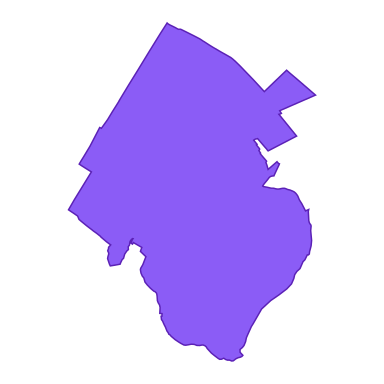 Cristian, Brasov, Romania
{"feature_id": "2599482B53089144578976", "entity_name": "Cristian", "entity_type": "district", "adm_level": 2, "iso_a3": "ROU", "parent_name": "Romania", "parent_adm1": "Brasov", "projection": "mercator", "projection_center": [25.497, 45.627], "detail": "fine", "context": "isolated", "style": "filled", "palette": "violet", "viewbox_px": 384, "rotation_deg": 0, "n_neighbors": 0, "source": "geoboundaries", "source_scale": "gbopen_adm2", "svg_char_len": 4104}
<svg xmlns="http://www.w3.org/2000/svg" viewBox="0 0 384 384"><path d="M315.5,95.1L298.0,80.0L290.1,73.3L286.6,70.2L274.6,81.7L264.3,91.6L253.5,79.9L245.2,71.3L240.8,66.7L235.6,61.6L232.7,59.0L230.9,57.6L220.5,51.7L212.8,47.2L209.1,44.9L204.2,41.7L203.3,41.2L201.4,39.9L199.7,38.8L199.1,38.5L193.5,35.6L185.3,31.5L181.0,29.4L180.3,29.2L179.7,29.2L179.1,29.3L178.5,29.3L177.2,28.7L175.5,27.7L172.3,26.1L170.4,25.2L168.4,24.1L167.4,23.3L167.1,23.0L166.8,23.5L165.5,25.5L160.3,33.6L149.4,51.2L137.5,70.7L128.7,84.9L119.2,100.6L119.3,100.7L116.1,105.8L112.5,111.5L107.6,119.6L101.4,128.3L99.7,127.5L90.0,146.2L83.5,157.0L81.3,160.5L79.2,164.1L82.3,166.2L91.4,171.9L82.7,186.1L74.4,199.6L68.5,209.8L77.6,216.0L79.0,219.4L81.2,221.3L86.7,225.8L89.3,227.8L91.8,229.7L93.4,231.0L96.5,233.2L100.3,236.2L101.0,237.1L106.4,241.7L110.0,244.4L110.7,244.9L109.9,245.8L108.8,247.0L108.4,246.7L108.6,247.1L108.6,247.7L108.6,248.1L108.4,248.8L107.7,250.8L108.6,252.8L108.7,254.0L107.9,256.8L107.6,258.6L108.6,261.6L109.5,264.3L110.3,265.9L115.2,265.1L120.1,264.2L120.8,262.4L122.2,259.5L123.5,258.4L124.7,254.1L126.8,251.0L128.4,249.6L128.3,247.7L128.2,246.8L129.5,245.0L129.9,242.0L130.6,240.5L132.4,238.6L133.0,238.7L132.1,240.0L131.9,240.8L130.9,243.1L132.5,244.1L133.4,242.6L141.8,247.4L140.4,251.4L145.9,256.7L142.8,264.7L140.7,268.3L140.4,269.7L140.7,271.5L141.0,273.1L142.3,276.1L143.8,277.9L144.0,278.5L145.0,282.1L147.4,285.1L150.7,288.5L152.2,289.8L153.9,291.2L155.1,291.7L156.4,293.0L156.8,294.1L157.1,296.1L157.4,300.7L158.2,302.8L159.5,304.9L160.1,307.5L159.8,313.4L162.0,313.6L162.0,314.8L161.9,316.2L161.1,316.3L161.5,319.6L162.6,321.1L163.5,323.2L164.8,326.0L165.1,326.3L167.0,331.1L168.2,332.7L168.8,334.2L169.7,334.6L171.3,336.4L175.2,339.7L179.1,342.3L180.9,343.4L183.9,345.0L185.7,345.2L188.8,344.7L191.3,344.2L194.3,344.4L196.8,345.4L199.7,345.5L202.1,345.0L203.4,345.1L205.0,345.8L206.2,346.8L207.2,348.5L211.4,353.1L214.6,355.7L218.3,358.5L219.7,359.3L221.6,359.2L223.5,358.3L224.3,358.5L225.4,359.4L227.4,360.1L229.5,360.1L231.7,361.0L233.3,360.8L234.5,359.9L235.7,358.9L237.9,357.8L240.3,357.2L241.8,356.5L242.6,355.7L242.9,355.3L241.5,353.8L240.1,352.3L240.0,349.5L242.4,347.5L243.2,346.5L244.0,345.5L245.6,341.6L246.4,337.7L246.9,336.6L247.7,334.7L251.4,326.5L253.1,323.8L261.6,309.0L270.8,300.5L279.2,294.7L286.8,288.9L291.5,283.9L293.8,278.6L294.7,274.7L296.9,271.4L300.0,268.6L303.0,261.7L304.9,259.8L307.3,254.9L308.4,254.9L309.3,254.0L309.6,251.5L310.5,248.2L311.1,245.8L311.6,240.5L310.7,230.6L310.8,229.5L310.9,228.4L311.1,226.1L311.0,225.5L310.7,224.7L309.8,223.6L309.3,222.6L308.8,220.7L308.3,211.4L308.4,210.9L308.7,209.5L305.5,210.9L303.5,207.0L302.2,204.5L301.9,203.9L299.5,200.1L299.0,199.0L298.4,197.5L298.1,196.8L298.0,196.5L297.4,195.4L296.6,194.3L296.2,193.8L295.8,193.3L294.7,192.3L294.2,191.9L293.6,191.6L292.5,191.0L292.1,190.9L291.3,190.6L290.8,190.3L290.5,190.2L289.5,189.9L288.6,189.7L288.2,189.6L287.5,189.4L287.3,189.4L287.0,189.2L285.6,188.6L284.5,188.3L283.9,188.3L282.9,188.3L281.9,188.4L281.6,188.5L280.8,188.6L280.6,188.7L280.1,188.8L279.7,188.9L278.9,189.0L277.9,189.1L277.2,189.0L276.8,189.0L276.0,188.8L275.3,188.7L274.8,188.5L273.9,188.3L273.7,188.3L273.3,188.2L273.1,188.2L272.8,188.2L271.8,188.2L271.6,188.2L270.8,188.1L269.5,187.8L269.1,187.7L267.4,187.3L266.3,187.1L265.8,187.0L263.5,186.6L262.7,186.1L262.9,185.5L263.1,185.3L263.4,185.0L263.5,184.8L264.3,183.6L265.1,182.7L266.4,181.1L267.1,180.3L268.7,178.2L268.9,177.9L269.3,177.4L269.5,177.3L269.7,177.1L270.1,176.8L270.6,176.5L271.1,176.3L271.6,176.2L272.4,176.0L272.7,176.0L273.1,175.9L273.6,175.9L273.9,175.9L274.7,174.1L276.8,169.6L279.2,164.5L279.4,163.8L278.9,163.7L278.5,163.4L277.4,162.2L277.2,162.0L277.0,161.7L268.1,169.4L267.0,165.4L265.9,162.4L266.6,161.2L260.2,153.7L260.6,153.1L258.9,150.6L259.6,149.5L259.5,148.7L256.4,144.9L257.1,144.3L253.7,140.2L255.3,139.1L257.0,138.8L257.6,138.6L264.8,147.0L266.6,149.0L267.3,150.0L268.1,150.9L296.6,136.1L278.9,114.3L280.2,114.0L281.4,113.4L279.7,110.7L297.6,102.9L313.4,96.0L315.5,95.1Z" fill="#8b5cf6" stroke="#5b21b6" stroke-width="1.5"/></svg>